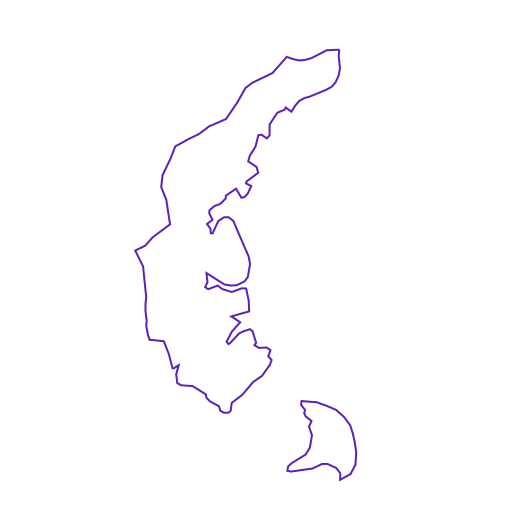 Nampo City, P'yŏngan-namdo, North Korea, rotated 276°
{"feature_id": "82179303B45638248322590", "entity_name": "Nampo City", "entity_type": "district", "adm_level": 2, "iso_a3": "PRK", "parent_name": "North Korea", "parent_adm1": "P'yŏngan-namdo", "projection": "mercator", "projection_center": [125.376, 38.709], "detail": "fine", "context": "isolated", "style": "outline", "palette": "violet", "viewbox_px": 512, "rotation_deg": 276, "n_neighbors": 0, "source": "geoboundaries", "source_scale": "gbopen_adm2", "svg_char_len": 2312}
<svg xmlns="http://www.w3.org/2000/svg" viewBox="0 0 512 512"><g transform="rotate(276 256 256)"><path d="M457.3,265.8L439.7,253.3L427.9,234.2L421.9,227.9L407.0,221.5L389.1,211.9L380.2,196.0L371.3,186.5L365.4,176.9L356.5,164.2L344.5,161.0L326.6,154.6L314.6,154.5L302.6,160.9L290.6,164.0L278.5,167.2L263.7,151.2L254.7,144.8L248.8,135.3L233.8,144.8L218.8,147.9L203.7,151.1L196.6,151.1L190.0,151.8L180.5,154.0L174.8,154.2L165.9,156.9L161.4,159.1L161.7,160.5L161.6,167.5L161.6,173.2L149.5,179.5L135.6,184.7L135.7,185.9L136.3,186.7L139.3,190.5L130.0,189.0L121.3,191.0L119.6,195.3L120.0,206.5L113.2,220.5L109.9,221.5L106.6,225.5L102.7,234.9L98.4,236.7L96.7,240.7L97.4,245.3L99.5,247.0L107.3,247.2L116.8,257.1L130.6,266.5L137.4,274.5L149.3,281.2L154.2,282.4L157.5,278.7L163.9,280.2L166.1,276.0L164.9,268.6L167.2,263.8L169.8,265.2L181.0,260.3L182.6,257.6L179.5,250.8L177.2,247.3L166.9,239.5L165.5,237.8L167.7,235.7L178.4,240.0L188.5,247.2L190.4,243.5L193.3,237.8L196.6,245.8L200.2,255.0L210.9,253.4L222.6,249.6L222.4,245.3L217.7,235.7L219.6,225.8L222.6,221.0L218.0,211.9L219.7,208.7L225.0,210.5L233.9,208.5L224.4,227.5L224.0,234.2L224.9,239.9L229.6,247.3L234.4,250.1L247.5,250.9L254.9,248.7L262.9,244.1L288.6,229.7L291.7,224.6L291.2,220.3L286.8,214.8L274.0,210.5L274.0,208.6L278.3,207.9L280.8,205.6L282.7,203.9L287.4,208.9L293.7,205.0L296.7,205.0L301.4,209.5L304.2,215.2L310.1,219.9L312.8,219.7L320.9,229.1L312.4,235.4L313.4,238.4L317.1,241.2L325.1,244.0L327.1,238.4L329.3,239.0L339.0,249.5L344.7,247.2L349.2,238.4L354.8,239.3L364.9,244.1L375.5,245.6L376.4,245.8L377.2,248.8L374.1,254.4L377.3,256.9L388.3,255.8L400.8,262.3L403.8,268.0L404.4,269.1L406.8,270.0L403.2,276.1L409.8,279.4L414.9,282.9L418.2,287.9L420.3,293.1L428.7,308.5L432.0,313.4L437.1,317.0L444.0,319.3L451.4,319.9L463.7,317.3L469.1,317.3L469.8,316.4L468.0,304.8L458.6,290.5L456.3,284.9L455.0,278.7L455.8,271.5L457.3,265.8ZM42.2,363.0L49.0,372.8L58.8,376.7L71.0,376.2L81.2,373.7L89.9,370.7L97.6,367.3L105.2,360.3L111.3,351.8L114.4,341.9L116.9,331.5L116.7,325.5L116.5,316.5L112.6,316.4L108.0,320.9L104.8,320.3L101.8,322.1L97.6,328.5L92.0,326.5L84.4,330.0L83.6,330.4L71.0,329.6L63.8,326.2L54.1,313.6L50.2,310.0L45.6,309.6L45.3,313.4L50.5,334.3L56.0,343.3L56.7,348.7L53.5,358.1L48.6,362.6L42.2,363.0Z" fill="none" stroke="#5b21b6" stroke-width="2"/></g></svg>